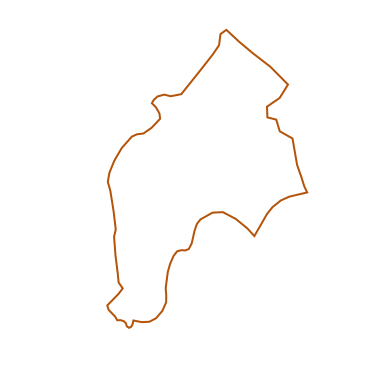 the border of Trebinje, rotated 40°
{"feature_id": "BIH-4808", "entity_name": "Trebinje", "entity_type": "state/province", "adm_level": 1, "iso_a3": "BIH", "parent_name": "Bosnia and Herzegovina", "parent_adm1": "", "projection": "equal_earth", "projection_center": [18.312, 43.002], "detail": "fine", "context": "isolated", "style": "outline", "palette": "amber", "viewbox_px": 384, "rotation_deg": 40, "n_neighbors": 0, "source": "natural_earth", "source_scale": "10m", "svg_char_len": 1349}
<svg xmlns="http://www.w3.org/2000/svg" viewBox="0 0 384 384"><g transform="rotate(40 192 192)"><path d="M217.2,338.3L213.0,336.8L203.9,335.9L200.2,333.5L200.0,333.3L201.2,317.7L200.9,310.4L194.0,308.5L186.7,301.4L174.4,290.0L161.0,276.3L159.9,274.1L157.7,269.7L150.4,262.9L144.6,257.4L128.7,243.6L121.2,238.5L120.8,238.0L116.4,230.4L112.4,218.1L110.0,204.1L109.9,203.4L110.0,200.3L110.3,188.3L112.8,183.1L115.4,180.3L117.2,178.4L119.7,169.0L120.1,163.5L120.5,156.4L116.5,152.7L111.3,150.8L110.0,150.3L109.1,150.2L104.2,149.8L103.5,146.0L104.2,140.9L108.2,135.2L114.0,132.4L118.0,127.6L120.9,123.9L120.2,94.1L119.5,73.0L118.4,62.2L112.3,52.7L112.9,50.4L114.1,45.7L131.4,46.6L149.5,46.6L171.5,45.7L196.5,48.0L198.7,63.7L194.6,78.4L201.8,86.4L210.0,82.4L220.2,89.1L234.6,86.4L255.1,103.7L266.4,110.4L274.4,115.5L280.5,118.3L269.6,132.9L265.5,141.3L263.5,151.3L263.4,151.9L263.6,160.6L268.1,185.7L257.8,184.3L242.8,184.5L228.6,187.6L221.0,194.6L216.1,207.5L216.3,213.3L218.8,219.9L224.8,231.5L226.2,237.8L224.4,241.1L221.2,243.4L218.7,247.1L219.0,252.9L221.3,260.8L224.8,268.7L233.6,282.5L238.7,287.7L243.1,293.1L245.7,302.2L245.6,311.9L243.9,316.0L242.8,318.7L237.4,323.8L234.8,325.3L229.7,328.1L231.5,331.5L232.0,334.4L231.1,336.5L228.5,336.8L225.6,335.0L222.7,334.8L219.8,336.0L217.2,338.3Z" fill="none" stroke="#b45309" stroke-width="2"/></g></svg>